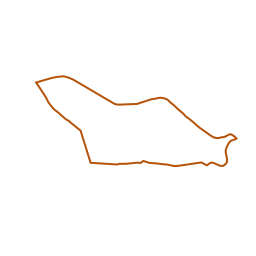 outline of Lejamani, Comayagua, Honduras, rotated 32°
{"feature_id": "27666195B32250373817394", "entity_name": "Lejamani", "entity_type": "district", "adm_level": 2, "iso_a3": "HND", "parent_name": "Honduras", "parent_adm1": "Comayagua", "projection": "mercator", "projection_center": [-87.678, 14.367], "detail": "fine", "context": "isolated", "style": "outline", "palette": "amber", "viewbox_px": 256, "rotation_deg": 32, "n_neighbors": 0, "source": "geoboundaries", "source_scale": "gbopen_adm2", "svg_char_len": 4290}
<svg xmlns="http://www.w3.org/2000/svg" viewBox="0 0 256 256"><g transform="rotate(32 128 128)"><path d="M225.6,79.5L225.2,79.4L224.9,79.3L224.7,79.2L223.9,79.0L223.2,78.9L222.8,78.8L222.5,78.8L222.4,78.8L222.3,78.7L222.2,78.7L221.9,78.7L221.4,78.7L220.4,78.7L220.2,78.7L219.9,78.7L219.7,78.7L219.4,78.7L219.3,78.8L219.2,78.8L218.9,78.8L218.7,78.9L218.4,79.0L218.2,79.0L217.9,79.3L217.7,79.5L217.2,80.2L216.8,80.7L216.6,81.2L216.3,81.6L216.0,82.0L215.8,82.4L215.3,83.2L215.3,83.3L215.2,83.4L215.1,83.5L214.9,83.9L214.9,84.0L214.7,84.2L214.6,84.3L214.4,84.5L214.2,84.8L214.0,85.0L213.9,85.0L213.7,85.2L213.6,85.3L213.3,85.5L213.1,85.7L212.9,85.8L212.7,86.0L212.3,86.3L212.1,86.5L211.8,86.8L211.6,87.0L211.4,87.2L211.2,87.4L210.9,87.7L210.8,87.8L210.7,87.9L210.6,88.1L210.4,88.2L210.3,88.3L210.2,88.4L210.1,88.5L209.9,88.6L209.7,88.8L209.4,89.0L209.2,89.1L209.0,89.3L208.8,89.4L208.6,89.5L208.4,89.5L208.2,89.6L207.7,89.8L207.3,90.0L207.1,90.1L206.9,90.1L206.7,90.2L206.5,90.3L206.3,90.3L206.1,90.4L205.8,90.4L205.7,90.5L205.4,90.5L205.2,90.6L204.9,90.6L204.7,90.6L204.3,90.6L203.4,90.6L201.9,90.6L201.2,90.6L199.8,90.5L198.4,90.4L197.0,90.3L196.1,90.2L195.2,90.2L194.1,90.1L193.0,90.1L191.8,90.0L190.6,89.9L189.4,89.9L187.8,89.7L186.7,89.6L185.1,89.4L184.4,89.3L183.7,89.1L182.7,88.9L182.0,88.8L181.3,88.7L180.4,88.5L179.5,88.4L178.6,88.3L177.3,88.1L175.9,87.9L175.4,87.9L174.9,87.8L174.4,87.8L173.4,87.7L173.0,87.7L172.6,87.7L172.2,87.7L171.8,87.6L171.2,87.6L170.8,87.5L170.5,87.4L170.3,87.4L170.1,87.4L169.8,87.3L169.6,87.2L169.4,87.2L169.2,87.1L168.9,87.0L168.5,86.9L168.2,86.8L167.8,86.7L167.5,86.6L167.2,86.6L166.8,86.5L166.5,86.4L166.0,86.3L165.0,86.2L164.0,86.0L162.9,85.9L162.4,85.9L162.0,85.8L161.5,85.7L160.8,85.6L159.4,85.3L158.1,85.1L157.0,84.8L155.9,84.6L155.4,84.5L155.0,84.5L154.7,84.4L154.2,84.3L153.6,84.2L152.2,84.1L150.9,83.9L150.4,83.8L150.0,83.8L149.5,83.7L148.8,83.5L148.4,83.4L147.9,83.3L147.5,83.3L146.8,83.1L146.7,83.1L146.4,83.1L146.2,83.1L145.9,83.1L145.7,83.1L145.4,83.1L145.2,83.2L144.9,83.2L144.6,83.3L144.4,83.3L144.1,83.4L143.8,83.5L143.5,83.5L143.3,83.6L143.0,83.7L142.5,83.8L142.2,84.0L141.9,84.1L141.6,84.2L141.3,84.3L141.0,84.5L140.6,84.6L140.3,84.8L139.8,85.0L139.7,85.1L139.4,85.2L139.3,85.3L139.2,85.4L139.1,85.5L138.9,85.6L138.7,85.8L138.4,86.0L138.2,86.1L137.6,86.7L136.9,87.4L136.2,88.1L135.5,88.7L134.6,89.5L133.2,90.8L132.9,91.0L132.7,91.1L132.6,91.3L132.3,91.6L132.1,91.7L132.0,91.9L131.9,92.0L131.7,92.3L131.5,92.6L131.3,92.8L131.0,93.1L130.8,93.5L130.5,93.8L130.3,94.1L129.8,94.6L129.1,95.5L128.3,96.4L127.8,97.0L127.3,97.6L126.9,98.0L126.6,98.4L125.9,99.2L125.1,100.1L124.8,100.4L124.7,100.6L124.5,100.8L124.3,101.1L124.2,101.3L124.0,101.6L123.8,101.8L123.7,101.9L123.6,102.1L123.4,102.3L123.2,102.4L123.1,102.5L122.9,102.8L122.6,103.0L122.4,103.1L121.0,104.1L119.6,105.1L117.7,106.3L116.8,107.0L115.8,107.6L115.7,107.7L115.4,107.8L115.2,108.0L114.8,108.3L114.7,108.4L114.5,108.5L114.0,108.8L113.5,109.2L112.7,109.7L111.9,110.3L111.5,110.6L111.1,110.9L110.2,111.4L109.4,112.0L108.7,112.5L107.9,113.0L107.6,113.1L107.2,113.4L107.0,113.5L106.9,113.5L106.6,113.7L106.4,113.8L106.1,113.9L105.7,114.1L105.3,114.2L105.1,114.3L104.8,114.4L104.6,114.4L104.4,114.5L104.0,114.6L103.6,114.7L56.0,116.0L53.9,116.3L50.7,116.8L48.8,117.4L46.0,118.2L44.8,119.2L43.2,120.3L40.0,123.0L37.1,125.7L31.1,132.3L26.0,138.1L33.1,141.3L42.3,145.6L45.1,147.3L47.1,148.5L50.4,149.8L54.7,151.2L56.8,151.5L58.6,151.7L60.3,151.8L61.9,152.1L70.4,153.5L71.7,153.5L72.7,153.4L73.6,153.3L74.4,153.3L75.1,153.6L89.2,155.4L114.7,177.3L114.8,177.3L117.4,175.9L138.1,164.7L138.8,163.9L139.5,163.1L140.7,162.3L145.3,159.4L151.3,154.8L153.9,152.7L154.7,152.2L156.0,151.6L157.0,151.1L157.4,150.5L157.7,149.7L157.9,149.3L158.0,148.7L158.1,148.3L158.9,147.7L160.1,147.4L161.7,147.0L163.7,146.5L164.8,146.2L170.2,143.3L178.7,139.3L180.4,138.3L182.4,137.6L186.6,136.1L188.3,135.1L190.2,133.8L193.1,131.4L208.4,118.4L214.7,117.8L215.5,115.9L216.0,114.5L217.2,113.1L218.7,112.4L221.1,112.0L223.7,111.6L225.5,111.4L227.4,110.6L228.7,109.7L229.4,108.3L229.9,106.4L230.0,104.6L228.9,102.4L227.8,101.2L226.6,99.8L225.6,98.8L223.9,97.1L222.6,95.0L221.7,91.1L221.5,88.3L221.6,86.0L222.3,83.9L223.5,82.6L224.3,81.4L225.0,80.6L225.6,79.5Z" fill="none" stroke="#b45309" stroke-width="2"/></g></svg>